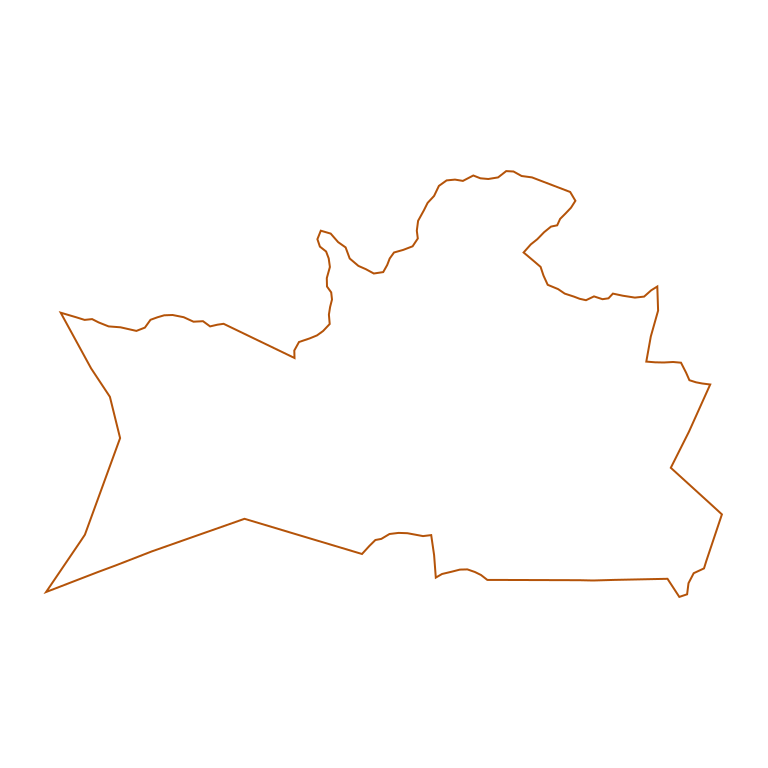 outline of Moraújo, Ceará, Brazil
{"feature_id": "56859067B38471619751725", "entity_name": "Moraújo", "entity_type": "district", "adm_level": 2, "iso_a3": "BRA", "parent_name": "Brazil", "parent_adm1": "Ceará", "projection": "robinson", "projection_center": [-40.674, -3.448], "detail": "fine", "context": "isolated", "style": "outline", "palette": "amber", "viewbox_px": 768, "rotation_deg": 0, "n_neighbors": 0, "source": "geoboundaries", "source_scale": "gbopen_adm2", "svg_char_len": 1977}
<svg xmlns="http://www.w3.org/2000/svg" viewBox="0 0 768 768"><path d="M706.3,561.0L721.9,514.4L714.2,507.3L670.8,467.8L689.0,431.6L710.2,384.5L702.3,383.5L696.0,382.3L689.4,380.2L686.1,372.7L681.0,362.7L673.1,362.0L663.7,362.5L655.0,362.3L646.3,361.6L650.8,336.5L658.1,310.6L657.3,286.5L651.2,290.3L644.1,296.6L634.9,297.6L622.7,295.7L612.9,293.6L608.5,298.3L602.5,299.2L594.0,296.4L586.0,300.2L579.7,298.8L573.9,296.6L564.7,293.6L558.1,289.1L547.7,284.8L543.5,275.6L540.6,266.9L532.3,259.8L523.6,252.5L530.8,244.4L537.3,239.2L544.1,232.2L551.0,226.6L557.2,225.3L560.1,218.9L565.7,213.3L571.0,207.7L575.4,200.8L570.2,192.0L532.0,177.4L521.6,176.0L513.5,171.5L506.2,171.1L498.1,177.4L488.3,179.0L480.4,178.3L473.3,175.5L462.9,180.9L455.0,179.6L446.6,180.4L438.9,185.9L434.1,195.9L427.6,202.9L423.9,210.3L418.1,220.8L416.8,230.7L417.8,238.5L412.6,246.3L403.2,249.9L394.0,252.5L389.7,258.5L387.2,265.0L383.2,272.1L373.8,273.5L365.9,269.2L358.4,265.9L349.7,258.5L345.6,247.4L338.1,242.1L330.7,233.6L320.8,230.7L317.4,239.2L319.9,246.6L326.1,251.5L328.7,258.4L329.9,267.0L326.8,278.1L327.0,286.5L331.2,292.4L332.0,299.5L330.1,307.0L328.9,314.6L329.7,324.0L323.1,331.0L317.0,335.4L309.7,338.4L299.0,342.0L294.3,350.5L294.5,358.0L240.2,331.8L223.6,323.8L217.4,324.7L210.1,326.4L203.0,321.2L193.5,321.7L183.7,317.2L172.6,315.0L164.2,315.3L157.4,317.3L150.5,319.8L144.9,327.6L136.4,330.9L128.0,329.0L120.5,327.3L108.6,326.4L98.6,322.4L92.1,319.1L84.6,319.9L76.3,317.3L60.7,312.7L91.1,368.4L109.9,396.8L120.1,438.1L84.9,534.7L80.5,541.3L46.1,592.0L98.0,572.0L115.5,565.5L151.8,551.4L244.5,518.8L362.0,554.0L369.5,545.8L375.4,540.0L381.3,538.9L389.5,534.0L398.6,532.9L407.4,533.2L423.0,536.1L431.2,535.1L434.1,555.1L435.8,577.6L442.0,574.0L451.7,571.7L459.9,569.6L467.4,569.4L474.9,572.0L481.0,575.0L487.3,579.9L579.7,580.2L593.1,580.5L614.3,579.9L667.5,578.8L679.3,596.9L687.1,594.3L688.5,583.2L693.7,573.2L704.0,568.4L706.3,561.0Z" fill="none" stroke="#b45309" stroke-width="2"/></svg>